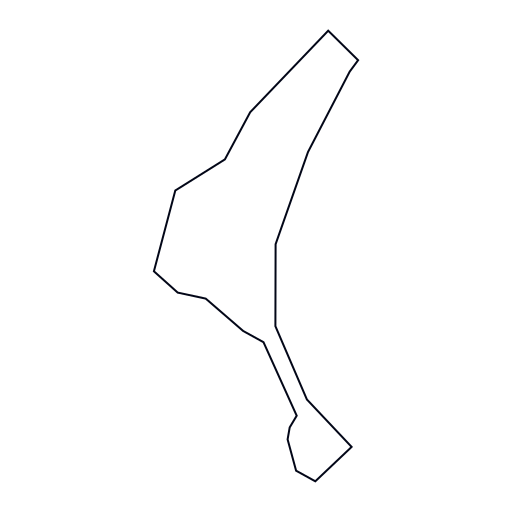 outline of Podčetrtek
{"feature_id": "SVN-213", "entity_name": "Podčetrtek", "entity_type": "Municipality", "adm_level": 1, "iso_a3": "SVN", "parent_name": "Slovenia", "parent_adm1": "", "projection": "albers", "projection_center": [15.593, 46.135], "detail": "fine", "context": "isolated", "style": "outline", "palette": "ink", "viewbox_px": 512, "rotation_deg": 0, "n_neighbors": 0, "source": "natural_earth", "source_scale": "10m", "svg_char_len": 410}
<svg xmlns="http://www.w3.org/2000/svg" viewBox="0 0 512 512"><path d="M358.1,60.2L349.7,71.6L308.0,152.0L275.6,244.2L275.4,326.2L306.9,399.5L351.6,446.9L351.4,447.1L315.3,481.3L296.1,470.7L287.6,439.4L289.7,427.4L296.7,415.7L263.5,342.2L243.2,331.0L205.7,298.6L177.7,292.6L153.9,271.3L175.3,190.5L224.9,159.4L250.2,112.2L328.2,30.7L357.0,59.1L358.1,60.2Z" fill="none" stroke="#020617" stroke-width="2"/></svg>